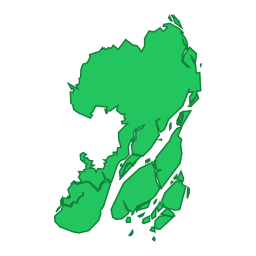 the district of Patuakhali, Barisal, Bangladesh
{"feature_id": "16705992B49808088196813", "entity_name": "Patuakhali", "entity_type": "district", "adm_level": 2, "iso_a3": "BGD", "parent_name": "Bangladesh", "parent_adm1": "Barisal", "projection": "orthographic", "projection_center": [90.354, 22.181], "detail": "fine", "context": "isolated", "style": "filled", "palette": "green", "viewbox_px": 256, "rotation_deg": 0, "n_neighbors": 0, "source": "geoboundaries", "source_scale": "gbopen_adm2", "svg_char_len": 5961}
<svg xmlns="http://www.w3.org/2000/svg" viewBox="0 0 256 256"><path d="M70.6,184.4L73.5,181.8L77.0,183.7L87.5,181.4L90.8,182.9L98.4,190.2L100.4,184.0L105.2,179.5L102.2,171.7L106.1,179.2L108.8,179.7L111.3,182.4L117.4,164.7L120.5,160.7L125.0,158.8L129.0,154.8L128.3,146.3L131.0,139.9L134.3,137.1L133.6,132.5L135.0,129.6L144.0,125.2L142.8,127.8L135.8,131.1L136.0,138.4L131.5,144.9L132.4,153.1L142.8,156.2L151.2,147.6L159.3,135.2L155.9,121.0L160.3,118.2L156.2,121.3L159.1,130.1L160.9,132.0L164.7,129.2L168.4,119.6L182.7,106.0L189.3,88.7L188.9,92.3L193.1,92.1L189.9,96.7L189.8,102.5L194.3,98.4L197.0,93.5L196.3,91.6L200.7,90.6L199.7,72.5L196.2,73.2L195.6,64.7L192.9,61.2L190.9,55.2L195.3,63.0L196.5,53.8L189.7,47.3L184.1,55.1L183.0,59.6L183.2,61.3L189.3,66.9L187.3,66.9L182.1,61.5L182.5,54.5L186.5,46.7L184.1,43.9L182.1,38.4L184.7,44.4L186.8,46.3L187.6,44.2L185.3,37.9L181.5,33.7L180.7,31.4L182.7,34.2L183.1,32.7L179.6,29.0L169.9,23.4L163.8,24.4L163.3,26.4L166.9,26.7L167.2,27.8L163.1,31.4L160.2,27.9L154.2,31.9L149.1,31.0L144.6,38.4L144.6,46.0L141.6,51.6L137.2,45.9L132.6,44.9L125.6,39.5L118.2,49.5L113.3,45.2L111.4,48.1L108.1,47.8L105.8,49.8L104.2,48.0L102.8,49.1L102.4,47.7L99.6,51.4L89.6,54.7L90.1,57.3L87.0,63.1L82.9,64.2L81.0,69.4L80.7,77.3L79.2,78.5L79.5,82.5L78.5,84.6L76.1,84.9L77.9,88.8L68.5,83.6L71.5,89.4L73.0,88.4L73.8,89.5L73.0,92.6L70.3,92.0L70.9,102.8L72.9,105.0L73.7,109.5L78.7,113.0L90.4,118.1L92.4,115.1L90.5,113.4L92.7,112.0L95.7,105.9L106.9,107.0L106.4,109.8L105.0,109.4L106.1,113.2L107.3,112.9L106.5,110.9L110.1,110.9L118.0,105.4L116.6,110.4L121.9,114.5L124.5,114.1L124.1,117.6L125.4,118.6L123.6,121.2L121.5,121.4L122.3,123.8L127.6,123.4L118.6,132.4L118.8,139.8L121.1,147.4L117.7,147.9L116.7,154.2L115.8,152.1L113.1,152.4L113.9,154.9L108.4,156.6L106.4,160.0L104.1,159.9L106.6,162.0L104.0,163.4L105.0,164.8L103.4,169.1L97.8,168.6L96.1,172.0L94.3,168.5L89.4,168.1L94.0,165.3L90.7,164.4L92.6,161.0L88.7,160.1L87.3,157.8L85.7,158.6L84.0,156.6L86.3,154.5L83.2,152.5L80.3,154.5L80.6,159.4L82.4,161.5L84.0,160.3L84.2,162.9L86.9,164.1L85.7,166.2L86.6,169.0L84.0,169.6L84.6,171.5L78.6,171.6L80.2,174.1L78.5,177.2L81.7,181.7L77.0,182.7L74.0,180.9L70.6,184.4ZM103.7,205.8L110.4,184.3L107.9,180.1L102.4,183.5L100.1,189.2L97.8,191.0L89.9,182.9L86.5,182.0L77.4,184.3L73.6,182.6L67.9,189.4L70.4,197.0L68.6,198.4L63.0,198.0L63.4,203.9L70.6,206.2L70.8,204.4L73.1,201.8L76.8,202.4L78.7,197.5L82.3,195.7L83.3,191.9L83.0,195.6L79.4,197.6L77.0,203.0L73.9,202.0L71.0,206.9L63.1,205.0L61.2,210.7L54.8,216.1L54.9,221.4L60.1,226.9L73.5,231.9L79.4,232.9L88.9,230.5L98.8,220.2L100.9,213.3L100.2,211.2L103.7,205.8ZM156.1,180.9L154.7,168.6L151.5,162.7L139.6,168.5L123.6,183.2L111.1,209.5L112.7,217.3L116.1,219.4L122.0,218.7L128.4,213.5L128.8,211.9L126.0,208.4L123.3,200.6L127.5,209.0L133.0,212.9L131.3,215.0L132.5,214.5L136.9,206.5L151.1,199.7L156.0,194.8L159.7,188.4L156.1,180.9ZM181.7,126.9L177.0,128.4L172.0,134.9L169.8,140.5L156.3,157.3L155.3,164.0L156.9,170.5L161.5,169.6L157.1,171.7L156.2,173.7L161.1,188.7L180.0,163.4L181.8,153.6L180.6,144.3L181.5,139.1L177.8,136.0L181.7,126.9ZM182.2,181.9L176.0,181.3L165.0,192.7L161.8,200.5L164.4,207.2L174.5,210.1L179.7,209.5L185.9,186.3L182.1,184.5L182.2,181.9ZM172.9,217.3L165.7,215.4L159.6,216.3L155.3,220.6L154.4,226.8L156.9,229.0L160.0,229.1L172.9,217.3ZM134.5,162.4L141.0,156.3L132.2,154.5L125.7,161.0L119.5,171.4L120.1,176.8L122.4,174.7L126.6,163.9L130.1,162.5L132.8,164.5L134.5,162.4ZM190.8,110.8L182.5,111.6L183.3,115.3L181.9,121.0L179.7,125.3L182.0,125.8L190.8,110.8ZM174.7,215.9L173.0,212.9L167.0,208.4L161.0,214.1L172.3,216.5L174.7,215.9ZM119.4,179.9L132.5,165.3L129.9,162.9L125.7,167.6L122.8,175.2L119.4,179.9ZM139.1,209.9L147.7,207.4L149.9,201.7L140.5,205.8L139.1,209.9ZM181.0,171.3L177.1,179.5L182.9,181.1L183.6,178.5L181.0,171.3ZM178.9,21.4L177.2,21.6L178.8,21.2L174.5,16.6L173.2,17.0L174.8,22.6L181.7,27.7L178.9,21.4ZM143.6,223.5L149.7,221.3L149.4,216.1L143.3,219.2L142.4,222.5L143.6,223.5ZM158.3,211.5L163.0,207.0L160.1,202.0L157.1,207.3L158.3,211.5ZM152.1,218.8L155.6,216.6L156.0,208.0L151.3,214.7L152.1,218.8ZM191.1,106.1L198.6,98.3L197.1,94.0L194.3,99.5L188.7,106.3L191.1,106.1ZM177.8,124.9L181.6,120.0L182.1,112.1L179.8,113.3L180.1,115.8L179.2,120.3L176.8,123.8L177.8,124.9ZM129.9,217.4L126.7,217.4L127.8,217.7L126.1,220.6L126.8,222.4L130.6,222.0L129.9,217.4ZM188.0,187.4L187.6,190.2L187.2,198.3L189.2,192.9L189.2,188.4L188.0,187.4ZM155.0,231.9L154.3,228.2L152.1,227.0L150.3,230.4L155.0,231.9ZM139.6,217.1L142.7,215.7L144.0,213.3L138.3,216.1L139.6,217.1ZM169.9,129.3L170.8,128.3L171.1,122.5L169.7,125.5L169.9,129.3ZM136.6,211.4L138.9,209.2L139.3,206.9L136.7,208.3L136.6,211.4ZM174.7,179.2L176.7,177.4L176.7,175.0L173.9,178.1L174.7,179.2ZM177.1,121.9L178.9,120.3L179.8,115.0L177.1,120.3L177.1,121.9ZM168.7,17.8L170.2,19.9L172.2,21.6L169.5,16.1L168.7,17.8ZM130.5,235.6L132.8,233.2L132.5,230.6L129.2,235.2L130.5,235.6ZM154.4,240.6L155.0,238.7L153.8,237.2L152.6,239.3L154.4,240.6ZM61.2,205.3L62.2,203.7L62.3,197.8L60.6,200.6L61.2,205.3ZM156.1,168.7L154.6,165.1L154.8,159.8L153.7,163.6L156.1,168.7ZM147.9,162.1L150.0,160.4L149.5,158.9L147.7,159.5L147.9,162.1ZM153.8,204.3L156.0,201.3L156.7,199.0L154.1,202.4L153.8,204.3ZM132.1,141.6L133.8,140.7L133.9,138.7L132.2,139.4L132.1,141.6ZM187.4,48.2L187.5,45.2L185.5,50.0L187.4,48.2ZM126.3,166.2L128.0,165.0L128.9,163.3L126.8,164.0L126.3,166.2ZM56.1,212.0L58.9,208.9L60.7,206.0L57.9,208.6L56.1,212.0ZM132.4,166.8L133.3,165.3L136.5,161.4L134.2,163.0L132.4,166.8ZM121.2,166.4L121.8,163.4L120.3,165.4L121.2,166.4ZM171.7,15.4L172.6,16.8L174.4,16.3L173.6,15.4L171.7,15.4ZM145.9,162.6L146.9,161.4L146.7,160.2L145.8,160.5L145.9,162.6ZM159.6,139.7L161.4,140.2L161.4,139.2L159.6,139.7ZM171.2,183.1L172.7,181.9L172.9,181.4L171.6,181.5L171.2,183.1ZM67.0,196.9L69.6,196.9L69.9,196.5L69.1,195.1L69.5,196.2L67.0,196.9ZM201.1,63.5L200.5,65.4L200.7,65.9L201.2,64.4L201.1,63.5ZM151.9,162.4L152.4,162.0L152.2,161.8L151.9,162.4Z" fill="#22c55e" stroke="#15803d" stroke-width="1.5"/></svg>